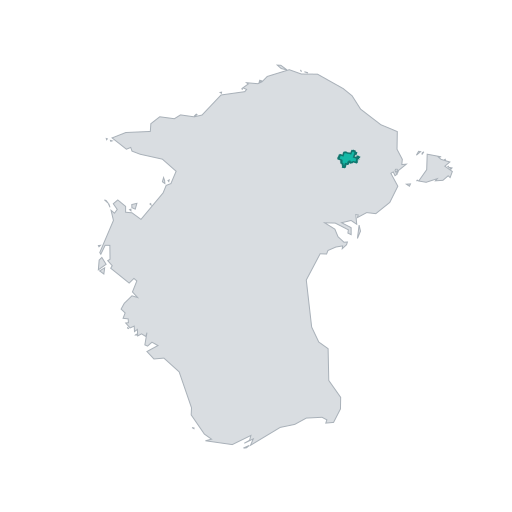 Carrathool, New South Wales, Australia (highlighted), rotated 283°
{"feature_id": "25037944B9270414762897", "entity_name": "Carrathool", "entity_type": "district", "adm_level": 2, "iso_a3": "AUS", "parent_name": "Australia", "parent_adm1": "New South Wales", "projection": "albers", "projection_center": [145.4, -33.626], "detail": "fine", "context": "in_parent", "style": "filled", "palette": "teal", "viewbox_px": 512, "rotation_deg": 283, "n_neighbors": 0, "source": "geoboundaries", "source_scale": "gbopen_adm2", "svg_char_len": 6462}
<svg xmlns="http://www.w3.org/2000/svg" viewBox="0 0 512 512"><g transform="rotate(283 256 256)"><path d="M347.0,101.3L353.6,125.0L361.3,123.8L370.0,130.9L371.4,145.6L376.5,150.7L377.7,164.5L381.2,171.7L405.0,185.7L413.6,208.1L416.2,209.4L416.9,205.4L421.8,209.7L422.7,207.8L424.3,219.1L427.1,222.7L433.5,226.6L445.0,246.5L443.5,259.3L447.0,275.0L438.7,303.4L433.7,313.6L422.6,324.9L412.0,348.1L409.0,365.7L391.7,369.4L383.1,376.8L377.9,377.5L379.3,381.8L371.1,375.4L372.3,373.9L371.8,372.4L370.3,372.3L367.5,375.1L365.5,373.4L368.8,370.8L366.9,368.8L355.9,378.5L338.3,374.3L324.2,363.2L323.2,354.1L316.3,346.2L319.0,346.3L318.8,343.9L309.6,347.0L312.0,340.6L307.7,331.9L305.0,342.3L298.2,343.9L299.0,340.4L302.3,340.1L305.9,325.8L303.8,315.4L299.9,326.8L293.2,331.6L289.2,338.6L290.2,341.9L287.4,341.7L282.5,338.4L285.3,338.1L282.7,331.8L277.6,324.9L273.8,324.3L272.6,318.0L243.9,310.4L199.3,326.2L186.3,336.5L181.9,347.1L151.1,354.9L137.3,370.3L126.0,372.7L111.3,369.0L108.9,361.6L112.3,361.9L113.7,356.6L109.4,341.5L100.7,331.7L94.4,318.1L70.3,293.2L77.2,294.5L70.9,286.7L75.0,291.2L80.0,291.4L66.9,275.3L64.6,248.3L67.5,253.9L70.9,245.7L86.6,228.6L93.6,227.3L125.8,207.2L135.8,189.2L132.7,179.7L138.4,171.2L146.7,180.6L148.6,174.0L143.8,170.6L144.4,167.7L156.8,167.0L152.8,166.7L154.4,162.0L151.5,158.7L157.8,156.9L155.0,154.6L160.3,153.1L157.6,149.5L161.4,144.1L162.3,146.7L166.0,145.6L165.4,140.5L171.1,141.3L173.9,136.5L180.3,138.3L189.3,144.1L188.9,150.0L193.2,143.7L204.9,145.5L206.7,142.1L201.1,138.5L211.4,117.2L214.2,118.1L218.1,112.6L220.0,114.5L233.5,111.2L232.5,106.6L222.8,104.4L224.2,103.0L258.6,109.1L267.9,104.5L265.9,108.5L270.2,110.3L274.8,105.2L279.5,108.7L275.0,117.8L269.3,119.1L270.2,125.4L265.8,135.7L296.6,151.3L304.6,152.6L307.4,156.8L320.6,159.1L329.3,143.0L329.1,120.2L330.3,111.6L333.6,109.5L330.9,105.7L338.7,89.2L347.0,101.3ZM365.7,397.7L378.5,402.9L393.7,399.9L394.3,414.1L393.4,411.5L391.8,414.5L391.2,423.7L386.0,419.8L382.5,428.3L376.1,427.5L377.4,425.2L371.8,421.1L369.6,413.9L372.1,415.2L366.1,405.2L365.7,397.7ZM207.1,105.5L216.7,104.1L219.9,106.1L214.2,111.8L207.1,105.5ZM295.9,350.9L309.3,349.5L303.7,352.2L295.9,350.9ZM278.2,123.4L280.5,128.1L274.5,127.8L275.2,124.2L278.2,123.4ZM444.3,244.3L444.3,238.4L446.8,233.8L447.4,237.3L444.3,244.3ZM390.3,389.6L394.6,390.9L394.7,392.9L390.3,389.6ZM206.3,107.0L210.4,111.2L204.2,111.8L206.3,107.0ZM361.0,390.3L358.5,389.8L359.8,386.4L361.0,390.3ZM311.6,148.3L308.9,150.0L306.1,150.9L307.3,148.1L311.6,148.3ZM69.9,292.0L67.0,289.9L66.1,287.5L66.3,287.3L69.9,292.0ZM393.7,394.7L395.3,396.1L392.2,394.9L393.7,394.7ZM426.1,220.0L428.1,220.1L427.9,222.6L426.1,220.0ZM378.3,164.3L380.8,165.9L380.4,166.7L378.3,164.3ZM385.8,424.9L385.9,427.2L384.4,426.4L385.8,424.9ZM446.4,261.7L446.3,264.9L446.0,264.8L446.4,261.7ZM231.4,102.0L229.7,100.9L230.7,100.1L231.4,102.0ZM276.3,97.5L274.2,100.1L276.6,95.7L276.3,97.5ZM446.9,257.9L445.9,258.9L446.6,257.8L446.9,257.9ZM283.4,141.6L282.2,142.2L282.8,141.0L283.4,141.6ZM273.5,123.6L271.9,124.0L272.7,122.4L273.5,123.6ZM74.4,232.3L74.5,234.3L73.8,234.4L74.4,232.3ZM335.9,88.2L335.8,89.9L335.1,88.7L335.9,88.2ZM370.3,373.2L370.6,374.2L370.2,373.9L370.3,373.2ZM273.6,100.9L270.6,102.8L273.7,100.5L273.6,100.9ZM157.4,147.1L156.5,148.5L156.9,147.0L157.4,147.1ZM386.7,423.2L385.9,423.7L386.4,422.8L386.7,423.2ZM310.6,154.3L308.9,154.3L309.7,153.3L310.6,154.3ZM152.9,157.0L152.2,157.8L151.9,156.3L152.9,157.0ZM392.8,418.6L391.7,419.2L392.1,417.9L392.8,418.6ZM336.8,83.7L336.7,84.8L335.7,84.3L336.8,83.7ZM369.7,374.6L370.8,375.6L368.9,375.3L369.7,374.6ZM407.9,185.6L406.8,185.7L407.3,184.3L407.9,185.6ZM415.9,205.2L415.4,205.2L415.8,204.2L415.9,205.2ZM366.2,396.0L365.9,396.9L365.6,395.8L366.2,396.0Z" fill="#d9dde1" stroke="#a8b0b8" stroke-width="1"/><path d="M362.7,322.8L363.7,322.9L363.7,322.5L363.9,322.6L364.3,322.6L364.3,322.8L365.3,322.9L365.2,322.8L365.1,322.7L365.0,322.3L366.0,322.4L365.9,322.8L366.1,322.8L366.1,322.7L366.0,324.3L366.0,324.5L366.8,324.9L367.1,324.9L367.1,325.2L367.0,325.3L367.4,325.4L367.5,325.2L367.5,325.3L367.5,325.2L367.9,325.1L368.0,325.1L368.0,324.9L368.2,325.0L368.3,325.0L368.4,324.9L368.5,325.0L368.5,324.9L368.5,325.0L368.5,324.9L368.5,325.0L368.6,324.9L368.8,324.9L369.0,324.9L369.1,324.7L369.1,325.5L369.5,326.1L368.0,327.3L368.4,327.9L368.5,327.9L368.5,328.0L368.8,328.4L368.8,328.7L369.1,328.7L369.1,328.8L369.8,329.7L369.5,333.0L369.8,333.2L369.9,332.9L370.0,332.9L370.3,332.8L370.5,332.9L370.5,332.7L370.4,332.7L370.5,332.6L370.8,332.6L371.0,332.7L371.1,332.8L371.1,332.7L371.3,332.5L371.2,332.5L371.3,332.6L371.5,332.6L371.4,332.7L371.5,332.8L371.6,332.7L371.8,332.6L372.0,332.6L371.9,332.6L372.0,332.6L372.3,332.6L372.5,332.5L372.8,332.6L372.8,332.8L373.0,332.8L372.9,332.7L373.0,332.7L373.1,332.8L373.3,332.9L373.5,332.8L373.6,333.0L373.8,333.2L373.7,333.3L373.8,333.4L374.0,333.4L374.0,333.5L374.1,333.4L374.2,333.5L374.3,333.5L374.5,333.6L374.6,333.8L374.6,333.7L374.7,333.8L374.7,333.7L374.8,333.8L374.8,333.7L374.9,333.8L375.0,333.8L375.1,334.0L375.1,333.9L375.2,334.0L375.3,333.8L375.4,333.7L375.5,333.8L375.5,333.7L375.7,333.8L375.8,333.8L375.9,333.7L376.1,332.7L375.5,332.5L374.8,332.5L374.9,332.3L374.9,331.5L374.3,331.4L374.3,331.7L374.1,331.7L374.2,330.8L374.4,329.1L374.6,329.1L374.6,328.9L375.0,329.0L376.6,329.2L376.8,329.2L376.8,329.4L377.1,329.4L377.0,329.2L377.7,329.3L377.7,329.5L377.9,329.5L377.9,329.8L378.1,329.8L378.0,330.0L378.2,329.9L378.3,329.8L378.5,329.8L378.4,330.6L379.2,330.7L379.5,328.8L380.4,328.9L380.7,327.1L380.0,327.0L380.2,325.8L379.2,325.6L377.0,325.3L377.2,323.7L376.9,322.4L377.0,321.3L377.0,321.1L377.2,320.9L377.2,320.7L377.2,320.4L377.3,320.3L376.9,319.6L377.2,319.4L376.7,318.4L375.6,318.3L375.6,318.2L375.3,318.2L375.3,318.3L373.3,318.2L373.5,316.7L373.4,316.7L373.6,315.3L372.8,315.2L372.9,314.6L372.5,314.6L372.5,314.9L372.6,315.1L372.4,315.1L372.1,315.0L372.1,314.5L371.7,314.5L371.3,314.9L371.3,315.0L370.5,314.9L370.7,314.1L369.9,313.9L369.8,314.5L369.1,314.4L368.8,316.9L368.7,316.9L368.6,317.7L367.9,317.6L367.7,317.6L367.7,317.8L367.6,317.7L367.5,318.1L367.5,318.3L367.3,318.3L367.1,318.3L367.1,318.2L366.8,318.2L366.9,317.9L365.9,317.8L365.7,319.1L365.4,319.1L365.3,319.8L364.5,319.7L364.5,319.9L364.2,319.9L364.2,320.1L363.9,320.4L363.7,320.4L363.7,320.6L363.2,320.5L362.7,320.4L362.1,320.4L362.1,320.7L362.0,320.8L362.1,321.2L362.3,321.2L362.2,322.1L362.3,322.1L362.8,322.2L362.7,322.8Z" fill="#14b8a6" stroke="#0f766e" stroke-width="1.5"/></g></svg>